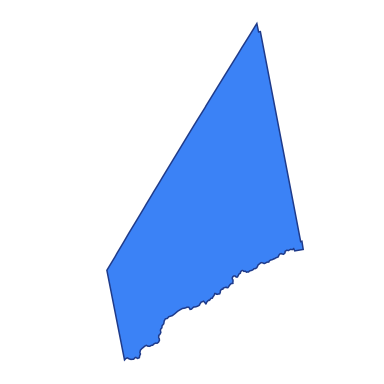 Inyo, California, United States of America (Robinson projection), rotated 259°
{"feature_id": "52423323B89293656609241", "entity_name": "Inyo", "entity_type": "district", "adm_level": 2, "iso_a3": "USA", "parent_name": "United States of America", "parent_adm1": "California", "projection": "robinson", "projection_center": [-118.035, 36.626], "detail": "fine", "context": "isolated", "style": "filled", "palette": "blue", "viewbox_px": 384, "rotation_deg": 259, "n_neighbors": 0, "source": "geoboundaries", "source_scale": "gbopen_adm2", "svg_char_len": 2583}
<svg xmlns="http://www.w3.org/2000/svg" viewBox="0 0 384 384"><g transform="rotate(259 192 192)"><path d="M345.0,287.8L342.9,285.8L340.9,284.0L334.9,278.5L325.5,269.7L324.8,269.0L320.9,265.5L318.9,263.7L301.1,247.2L300.8,246.9L285.7,233.0L273.4,221.7L273.0,221.5L262.4,211.6L261.2,210.5L257.2,206.8L212.3,166.0L205.9,160.3L199.5,154.4L196.2,151.5L188.5,144.5L186.5,142.8L175.8,133.2L163.7,122.2L159.7,118.7L155.8,115.3L146.1,106.6L143.1,104.1L131.4,93.5L40.0,93.7L40.4,94.3L41.2,95.2L41.5,97.0L40.2,98.4L39.3,100.1L39.0,102.8L40.1,104.3L40.4,105.3L39.0,106.8L39.4,108.7L41.3,109.4L42.8,110.5L44.4,110.2L46.6,111.2L47.8,112.8L48.7,114.5L49.7,116.3L50.2,117.9L49.1,119.2L48.6,121.1L49.2,122.8L49.1,124.2L50.0,125.4L50.6,127.2L50.2,128.9L50.9,130.4L52.5,131.7L54.1,131.9L55.2,131.5L56.1,131.6L57.0,132.0L57.4,131.9L57.9,132.4L58.0,132.8L58.8,133.7L60.1,134.6L62.2,134.6L63.5,135.2L64.4,136.5L66.4,137.1L68.0,139.1L70.9,140.2L72.6,141.7L72.6,143.7L74.0,145.4L74.2,147.2L74.4,149.1L75.9,152.1L77.6,155.0L78.7,157.9L79.5,160.4L79.4,162.5L79.5,163.8L79.9,165.1L79.5,166.9L78.0,167.5L77.1,167.7L77.1,169.1L77.8,170.1L78.5,171.2L78.8,171.9L78.6,172.9L78.6,174.1L78.8,175.6L79.2,177.0L79.5,177.7L79.9,177.8L80.1,178.0L82.1,179.9L82.6,182.6L79.5,184.3L79.6,184.5L80.9,185.3L81.9,186.5L82.6,187.8L82.3,188.2L82.7,189.0L83.2,189.4L84.0,190.4L83.9,191.7L85.1,192.6L86.1,193.7L87.2,194.6L88.0,194.9L87.7,196.1L87.0,196.4L86.7,197.5L86.9,198.3L86.7,198.9L86.8,199.8L88.3,200.7L89.6,201.0L90.6,202.1L90.9,202.8L90.7,203.4L91.0,204.1L91.6,204.2L91.9,205.2L91.9,206.3L92.1,207.3L91.3,208.1L91.3,209.1L92.2,210.0L93.2,211.0L94.2,212.2L94.7,213.6L94.5,214.2L94.5,214.7L95.3,214.8L96.8,215.3L98.1,215.4L98.9,215.0L100.0,215.1L100.4,215.5L101.2,216.0L101.6,217.2L101.3,218.3L100.4,218.8L99.8,219.9L100.1,220.6L101.3,221.5L102.5,222.5L103.1,224.0L104.4,224.5L105.2,225.6L105.4,226.3L105.0,227.2L104.2,227.7L104.0,229.4L102.9,230.1L102.9,231.4L102.7,232.3L103.5,233.4L103.7,235.8L104.1,237.1L104.9,238.3L104.7,239.4L105.2,241.0L106.1,241.8L107.1,242.5L108.0,243.2L108.6,244.7L109.3,245.7L109.4,246.8L108.8,248.1L108.0,249.2L108.2,250.4L108.8,252.2L108.6,254.0L109.6,254.8L110.2,256.1L110.2,257.4L110.5,258.9L110.9,259.6L110.7,260.3L111.3,261.4L111.4,262.0L111.6,263.2L111.9,264.4L113.2,265.0L114.5,266.7L114.6,267.8L114.4,268.1L114.2,268.1L113.4,270.0L114.5,271.7L116.0,272.1L116.8,274.1L116.1,275.3L116.9,277.7L116.3,279.6L117.0,281.0L114.6,281.6L114.4,290.2L122.7,290.5L122.5,289.2L151.0,289.3L247.0,289.5L336.4,289.7L336.4,287.9L345.0,287.8Z" fill="#3b82f6" stroke="#1e3a8a" stroke-width="1.5"/></g></svg>